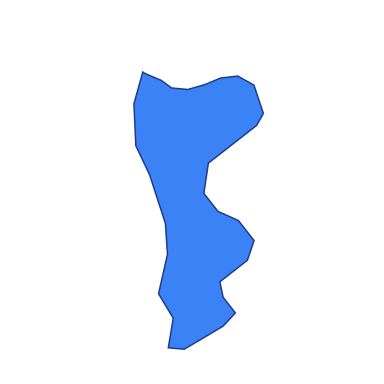 the Municipality of Kisela Voda, rotated 232°
{"feature_id": "MKD-2938", "entity_name": "Kisela Voda", "entity_type": "Municipality", "adm_level": 1, "iso_a3": "MKD", "parent_name": "North Macedonia", "parent_adm1": "", "projection": "robinson", "projection_center": [21.474, 41.931], "detail": "fine", "context": "isolated", "style": "filled", "palette": "blue", "viewbox_px": 384, "rotation_deg": 232, "n_neighbors": 0, "source": "natural_earth", "source_scale": "10m", "svg_char_len": 605}
<svg xmlns="http://www.w3.org/2000/svg" viewBox="0 0 384 384"><g transform="rotate(232 192 192)"><path d="M113.4,207.8L104.1,193.6L104.1,172.7L104.1,158.7L89.9,151.7L70.0,151.7L67.2,134.3L67.2,134.0L68.3,124.5L72.9,89.1L83.8,77.4L104.1,99.5L132.4,103.0L158.0,134.3L183.6,151.7L231.7,169.2L263.0,176.2L297.2,200.5L316.8,227.0L314.0,228.1L299.1,236.4L286.5,240.0L275.3,251.9L268.7,268.3L264.2,284.7L255.2,299.4L238.1,306.6L209.9,296.6L204.7,283.9L204.7,255.5L204.7,222.7L183.6,200.5L160.8,200.5L140.9,211.0L121.2,211.0L115.5,211.0L113.4,207.8Z" fill="#3b82f6" stroke="#1e3a8a" stroke-width="1.5"/></g></svg>